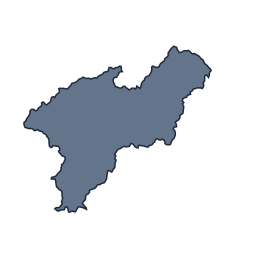 outline of Santos Dumont, Minas Gerais, Brazil, rotated 341°
{"feature_id": "56859067B27012816015261", "entity_name": "Santos Dumont", "entity_type": "district", "adm_level": 2, "iso_a3": "BRA", "parent_name": "Brazil", "parent_adm1": "Minas Gerais", "projection": "albers", "projection_center": [-43.53, -21.482], "detail": "fine", "context": "isolated", "style": "filled", "palette": "slate", "viewbox_px": 256, "rotation_deg": 341, "n_neighbors": 0, "source": "geoboundaries", "source_scale": "gbopen_adm2", "svg_char_len": 4499}
<svg xmlns="http://www.w3.org/2000/svg" viewBox="0 0 256 256"><g transform="rotate(341 128 128)"><path d="M32.5,180.6L33.7,182.5L34.8,183.8L36.4,183.9L38.7,183.7L40.9,184.6L42.0,183.6L43.1,182.2L44.7,182.9L45.0,185.1L44.5,186.7L44.7,188.4L46.4,188.5L48.5,188.5L50.7,190.2L52.1,189.3L53.7,187.8L55.2,186.4L56.8,186.9L58.4,188.0L59.8,188.9L60.9,190.0L62.3,191.4L62.5,189.8L61.5,188.0L61.1,186.4L60.4,184.9L61.1,183.6L62.8,182.7L64.3,181.9L65.1,180.4L65.8,178.3L67.4,177.5L69.2,177.2L70.6,176.3L71.1,174.6L72.6,174.2L74.8,174.2L76.9,174.3L78.8,173.3L80.7,171.7L82.7,172.4L84.2,172.0L85.7,171.9L87.7,172.0L89.4,170.8L91.2,169.1L92.2,166.8L93.4,164.5L94.7,162.4L96.0,161.8L97.1,163.1L98.3,164.4L99.4,163.4L100.6,162.2L102.5,161.2L103.8,158.5L104.6,156.6L105.5,155.7L106.3,154.4L105.5,152.9L106.3,151.7L107.4,150.4L106.8,148.5L108.5,147.2L110.8,145.4L112.7,144.9L114.3,145.0L115.9,144.3L117.4,144.2L118.8,144.2L120.0,145.2L121.8,145.6L123.5,145.8L124.7,144.6L126.0,143.5L127.6,145.0L128.3,147.5L129.5,149.4L131.1,150.1L132.3,147.9L133.7,148.3L135.1,149.2L137.0,150.1L139.1,151.8L141.0,152.6L142.3,151.5L143.7,151.7L145.7,151.5L147.2,150.3L148.6,149.9L149.6,148.6L150.8,147.7L152.1,147.8L153.2,149.1L154.9,150.0L156.7,149.7L157.9,151.0L158.4,153.0L157.9,154.8L158.7,156.0L160.6,157.0L162.7,157.4L164.1,155.8L165.8,153.8L167.9,152.9L169.2,151.6L170.3,150.2L171.2,148.0L171.3,145.5L170.3,143.9L171.7,142.3L174.3,142.6L174.9,140.2L174.5,138.0L176.5,137.2L178.6,136.8L180.5,135.1L181.1,133.0L183.0,132.5L184.6,132.1L185.3,130.9L186.2,129.0L187.0,127.5L187.8,125.3L187.3,123.0L189.1,122.1L188.1,120.0L189.5,118.3L191.4,117.7L193.5,118.0L194.7,116.5L196.5,116.5L198.2,116.5L198.3,114.5L199.7,114.1L201.1,113.7L202.5,112.3L204.5,112.7L206.1,112.4L207.7,113.1L209.5,113.5L210.9,114.9L212.9,113.5L213.7,111.4L213.8,109.7L215.5,108.8L216.2,107.3L216.8,105.5L217.5,103.8L219.5,103.3L220.2,104.9L220.5,106.4L221.5,105.4L222.4,103.5L223.5,101.7L225.3,100.8L225.1,98.9L224.2,97.5L223.5,95.7L222.6,93.4L221.4,92.1L221.3,89.9L220.9,87.6L219.7,86.3L219.1,84.7L218.1,82.5L216.2,80.7L214.9,79.0L213.2,79.2L212.1,77.4L211.2,75.5L210.4,74.3L208.6,74.1L206.9,73.4L205.6,73.3L204.2,73.6L202.2,73.8L200.9,73.0L200.6,71.4L200.1,69.9L200.2,67.6L198.0,65.6L196.2,66.3L193.9,67.4L191.9,69.0L190.3,70.2L189.7,72.5L188.2,73.5L185.6,74.3L184.2,76.3L182.1,77.0L179.9,77.6L178.4,78.9L177.1,80.2L175.2,80.3L173.0,78.9L171.7,77.5L170.2,78.0L169.7,80.0L168.7,82.0L167.3,83.4L166.2,84.3L165.0,85.3L163.4,85.4L161.4,85.6L159.9,86.7L158.9,88.2L157.2,88.8L155.3,90.3L154.3,91.9L153.5,93.4L152.2,94.5L151.3,93.0L149.9,91.2L148.9,92.7L147.8,93.6L146.5,92.2L144.7,91.6L143.3,92.1L141.6,92.4L140.1,90.2L139.2,89.0L138.7,87.6L137.0,87.0L135.8,87.9L134.0,87.9L132.5,87.1L131.2,85.7L129.6,84.9L129.5,83.5L129.4,81.6L129.0,79.9L129.6,77.7L130.9,76.1L132.3,76.0L133.7,76.3L135.0,75.1L136.6,74.1L137.6,72.6L139.0,72.4L141.0,72.9L140.6,71.0L141.2,69.4L141.5,67.4L140.0,66.8L137.7,67.4L135.6,66.8L134.2,67.6L132.9,66.8L131.7,65.3L129.9,64.6L128.6,66.3L127.4,68.0L125.1,67.6L123.2,67.6L122.1,68.5L119.9,69.0L118.0,69.1L116.3,69.7L114.9,70.5L112.9,69.7L110.5,69.5L108.5,69.5L107.2,68.2L105.2,67.7L103.4,66.7L102.1,65.2L100.2,65.9L98.0,65.9L96.4,66.5L94.6,67.6L92.2,67.7L89.4,67.5L88.3,68.7L86.8,69.4L85.0,70.6L83.3,71.3L81.6,70.6L80.1,69.5L78.6,69.2L76.9,68.3L75.4,68.3L75.3,70.4L74.4,72.2L72.4,72.7L70.5,73.6L68.8,75.4L67.8,74.2L65.8,74.1L64.5,75.9L63.8,77.5L62.5,78.1L60.5,78.9L58.7,79.6L57.5,78.7L57.0,76.7L56.0,75.7L54.6,76.0L53.8,78.3L52.4,79.4L50.4,79.6L48.6,81.1L47.2,81.8L45.8,81.5L45.0,79.8L43.1,78.9L40.9,79.9L40.2,82.0L38.6,83.8L36.8,85.2L35.1,86.3L34.1,87.6L32.8,88.4L31.5,88.8L30.9,90.4L30.7,92.2L30.9,94.0L32.5,95.1L34.1,96.3L36.3,97.0L37.7,98.0L38.5,99.9L40.0,100.3L42.1,100.0L43.1,101.9L44.6,102.8L45.9,103.6L46.3,105.3L47.2,106.4L48.5,107.9L48.5,109.9L49.5,112.0L49.3,114.0L48.7,115.6L48.3,117.3L47.8,119.3L48.6,121.3L50.0,121.4L51.2,120.2L52.8,121.0L54.4,122.0L55.8,122.2L56.5,123.5L56.7,125.3L56.1,126.8L54.8,127.2L54.9,128.7L55.6,130.1L56.1,131.5L56.8,133.1L58.2,134.0L59.0,135.7L58.4,137.0L57.0,138.6L55.1,140.6L53.2,141.1L52.8,142.6L51.8,143.7L51.0,145.9L49.2,147.0L48.0,147.7L46.5,148.4L44.6,149.8L42.0,150.1L39.8,149.8L38.9,151.1L40.8,152.1L42.4,152.5L42.4,154.5L42.0,156.3L41.6,158.3L41.3,160.5L42.2,162.0L42.6,163.3L43.5,164.5L44.7,166.1L44.4,168.0L44.0,169.4L43.4,171.2L43.5,172.7L42.5,174.4L41.1,176.2L41.3,178.0L39.8,179.2L37.8,180.5L35.9,180.6L34.2,179.9L32.5,180.6Z" fill="#64748b" stroke="#1e293b" stroke-width="1.5"/></g></svg>